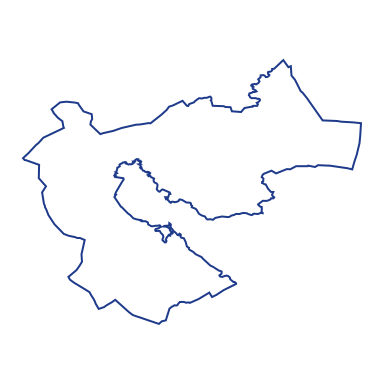 the district of Dagdas pag., Dagdas, Latvia
{"feature_id": "27541924B87793076838019", "entity_name": "Dagdas pag.", "entity_type": "district", "adm_level": 2, "iso_a3": "LVA", "parent_name": "Latvia", "parent_adm1": "Dagdas", "projection": "robinson", "projection_center": [27.556, 56.097], "detail": "fine", "context": "isolated", "style": "outline", "palette": "blue", "viewbox_px": 384, "rotation_deg": 0, "n_neighbors": 0, "source": "geoboundaries", "source_scale": "gbopen_adm2", "svg_char_len": 6012}
<svg xmlns="http://www.w3.org/2000/svg" viewBox="0 0 384 384"><path d="M23.0,158.2L24.6,160.0L26.3,160.3L39.1,164.8L38.8,178.2L46.0,186.3L42.1,192.4L43.9,203.5L44.8,205.7L45.0,207.2L46.1,209.1L48.5,215.2L54.5,224.3L63.8,233.9L68.8,235.8L75.0,237.1L77.3,238.0L80.0,238.0L84.7,240.0L81.5,254.3L82.0,261.7L79.4,266.0L76.5,270.1L68.4,276.9L70.0,279.7L73.9,282.6L89.5,292.1L91.1,295.1L93.5,298.8L95.2,302.1L95.4,303.2L98.7,308.9L104.1,307.1L106.4,305.4L112.4,301.9L115.2,299.8L129.4,312.5L132.9,315.1L158.9,323.9L161.8,321.3L165.8,320.4L169.5,308.6L172.0,306.6L173.1,306.2L174.3,305.3L176.5,305.5L177.4,305.1L178.4,303.5L179.8,302.0L183.8,301.9L186.1,302.7L188.9,302.4L189.8,302.9L198.5,299.1L209.3,292.6L212.0,297.0L216.4,294.9L223.7,290.1L236.1,283.9L236.0,283.2L234.6,282.0L233.5,282.0L230.7,279.7L230.2,279.1L229.9,277.5L228.2,276.1L226.6,275.6L224.5,276.0L222.4,276.9L220.3,276.6L219.6,275.9L219.4,275.3L221.5,273.7L221.7,271.9L221.5,271.4L218.7,270.5L212.7,266.6L210.5,265.7L203.0,258.8L201.6,257.1L195.6,254.2L193.4,252.0L189.4,249.7L188.8,248.9L189.0,247.8L187.1,246.7L186.8,246.2L185.8,242.3L183.9,238.3L181.1,237.6L180.3,236.0L180.9,235.0L180.6,234.4L179.5,233.7L178.4,235.2L177.6,235.0L177.0,234.5L176.6,233.7L174.6,231.8L173.9,231.6L172.3,229.2L170.8,227.9L171.0,227.6L169.9,225.3L170.8,225.1L170.8,224.4L169.3,223.2L169.2,225.0L168.7,225.6L164.3,225.9L163.4,226.5L166.1,226.6L169.2,228.1L169.3,228.6L170.5,229.0L169.9,230.3L170.1,230.6L172.4,232.5L172.7,233.1L172.3,233.6L170.8,233.4L170.3,235.7L169.8,235.6L169.3,234.7L168.7,234.9L168.4,235.6L167.1,237.0L165.9,239.3L165.8,239.9L166.5,241.0L165.9,242.3L164.8,242.4L162.5,240.2L162.5,239.2L163.3,237.3L163.3,236.3L162.8,234.9L160.6,232.6L160.0,231.2L158.8,230.8L156.0,231.0L155.3,230.6L155.3,229.6L155.7,229.0L158.9,228.1L159.6,227.4L160.7,227.0L160.8,226.5L160.0,225.5L159.4,225.3L157.9,225.7L155.0,225.8L152.7,226.3L151.1,226.1L148.2,224.4L147.8,222.4L145.5,221.2L141.8,221.3L140.7,220.7L141.4,220.2L141.2,220.1L137.2,219.5L133.9,218.5L133.2,218.2L130.3,215.1L128.0,213.5L121.5,206.9L120.9,206.7L114.4,197.0L116.0,194.7L115.1,194.5L116.0,192.1L121.9,182.1L123.7,179.4L123.3,178.2L115.0,177.0L114.4,175.8L115.2,175.6L114.6,175.2L115.1,174.7L115.0,174.3L115.8,174.0L115.8,173.5L116.8,173.2L115.7,172.2L116.6,172.0L116.5,170.9L117.1,169.5L117.3,167.6L118.5,167.2L119.8,166.2L119.4,164.9L120.4,163.9L122.0,163.4L122.7,162.6L123.4,162.6L124.4,162.1L125.8,162.1L126.4,162.9L125.6,163.0L125.6,163.4L128.6,164.5L129.7,164.1L130.7,164.4L131.7,164.2L132.5,163.9L132.4,163.3L132.7,162.7L133.4,162.8L133.0,161.7L134.4,162.0L135.0,161.6L134.5,160.7L136.0,159.5L136.7,159.1L137.7,159.2L137.3,159.7L137.9,160.0L138.5,159.9L138.7,160.1L138.4,160.5L139.8,160.7L139.5,161.2L140.3,161.4L139.9,161.9L140.0,162.2L141.0,162.1L140.6,163.3L140.1,163.7L140.1,164.1L139.4,164.2L140.0,164.5L139.3,164.6L140.3,165.2L140.6,166.4L141.1,166.9L140.1,167.6L140.2,167.8L140.7,168.4L141.5,168.2L141.5,168.7L142.0,169.0L142.9,170.6L144.3,170.9L144.9,171.6L146.7,172.3L147.3,171.8L148.9,172.1L149.4,172.5L148.2,172.8L149.6,173.7L147.8,174.9L148.7,175.4L148.4,176.0L148.6,176.2L150.3,175.8L150.6,176.7L151.1,177.1L154.1,178.6L153.5,180.1L153.9,181.7L154.5,182.4L156.8,183.6L157.5,184.8L157.4,186.6L156.7,189.1L157.0,189.7L158.8,191.5L159.7,191.7L161.7,189.8L162.6,189.4L169.8,192.5L170.3,194.0L169.1,194.1L168.2,197.2L165.2,197.2L166.1,199.3L167.7,198.9L167.8,200.0L168.7,200.7L169.3,201.7L170.8,202.8L171.0,202.6L170.7,202.3L171.3,201.9L172.5,201.7L175.0,202.2L177.4,201.6L178.3,201.1L178.9,200.6L179.2,199.7L179.9,199.4L182.3,200.0L186.2,202.4L190.3,202.8L190.9,203.4L191.0,204.9L192.1,205.8L192.0,206.7L191.7,207.1L192.0,207.4L194.8,208.4L196.2,209.3L199.0,213.8L201.6,215.4L205.0,216.5L206.4,218.7L207.5,219.5L210.3,219.2L213.0,219.8L215.3,217.9L221.9,216.5L228.3,217.1L230.3,216.5L231.0,215.7L233.9,215.0L236.1,213.9L239.4,214.0L243.1,212.9L247.0,213.3L248.1,214.0L251.5,215.1L252.7,214.7L253.1,213.9L254.1,213.7L258.0,214.0L260.7,212.9L262.7,213.2L262.7,212.9L261.5,211.7L261.9,209.0L261.7,208.8L261.7,206.9L260.3,206.7L258.1,204.7L258.1,204.3L262.8,200.8L266.4,200.9L267.8,200.6L270.5,199.4L271.1,198.3L273.5,198.3L274.2,197.3L272.9,196.3L272.0,194.9L273.3,192.0L270.9,191.9L268.1,188.8L265.7,184.4L264.4,184.2L262.4,183.0L262.1,183.0L262.1,181.9L263.2,181.3L263.4,178.5L261.7,177.1L262.5,175.1L263.6,173.9L271.5,170.7L276.1,173.4L286.8,169.1L290.2,169.3L296.1,166.2L307.7,166.2L308.1,165.6L315.0,167.0L318.0,165.2L330.1,165.7L347.3,168.2L352.2,169.4L354.3,162.0L356.7,154.8L359.5,143.2L360.2,136.0L361.0,123.2L353.4,122.4L341.4,121.7L337.1,121.0L322.6,120.4L306.7,97.8L302.7,92.8L300.7,91.1L295.0,79.8L291.5,75.6L290.8,66.2L288.4,67.2L283.3,60.1L274.2,68.7L272.1,69.0L272.3,70.1L271.2,71.3L270.2,71.7L268.2,71.9L267.9,72.9L268.1,73.9L269.4,74.9L269.3,75.4L268.0,76.6L267.0,77.0L265.8,77.1L264.8,75.7L263.4,75.1L260.6,75.4L260.5,77.4L258.2,79.3L259.5,81.4L258.5,82.9L256.1,84.4L254.9,83.9L251.7,84.6L251.2,85.4L251.4,85.8L252.5,85.8L253.4,86.8L252.7,87.1L252.5,87.6L252.8,88.8L255.8,90.5L256.5,91.4L254.4,92.1L252.8,91.9L252.4,92.5L249.4,93.4L248.9,95.3L249.6,95.9L250.1,97.3L251.7,98.2L255.7,98.1L257.4,98.9L258.3,98.7L259.4,99.0L259.9,99.4L259.8,100.6L258.2,102.2L256.8,102.8L257.9,104.2L257.4,104.9L257.4,105.6L257.1,105.9L253.6,105.9L252.9,106.5L252.7,106.1L251.2,106.8L244.5,108.0L241.1,112.0L231.9,111.3L230.5,107.2L225.5,107.0L223.8,106.2L212.7,105.8L211.2,100.5L210.9,100.4L211.4,99.6L211.4,98.0L210.4,96.7L209.6,96.7L206.8,97.8L204.4,97.8L201.8,98.5L199.0,98.2L195.0,101.1L193.9,102.4L189.3,104.0L188.2,106.0L186.9,105.8L182.5,100.8L172.8,105.5L169.0,106.7L166.7,109.9L161.4,114.7L150.5,123.3L148.5,123.1L139.9,124.5L136.0,124.7L121.6,128.0L113.2,130.9L103.4,133.1L100.3,134.1L90.4,124.6L90.9,121.4L92.2,119.0L91.7,114.2L83.5,111.4L78.6,104.5L78.2,103.3L75.2,102.6L66.4,101.7L60.1,102.4L51.6,109.3L53.5,112.4L53.4,112.7L58.0,117.9L62.4,121.2L63.4,127.0L63.9,127.9L43.3,137.7L38.5,143.0L35.8,145.2L28.4,153.2L23.0,158.2Z" fill="none" stroke="#1e3a8a" stroke-width="2"/></svg>